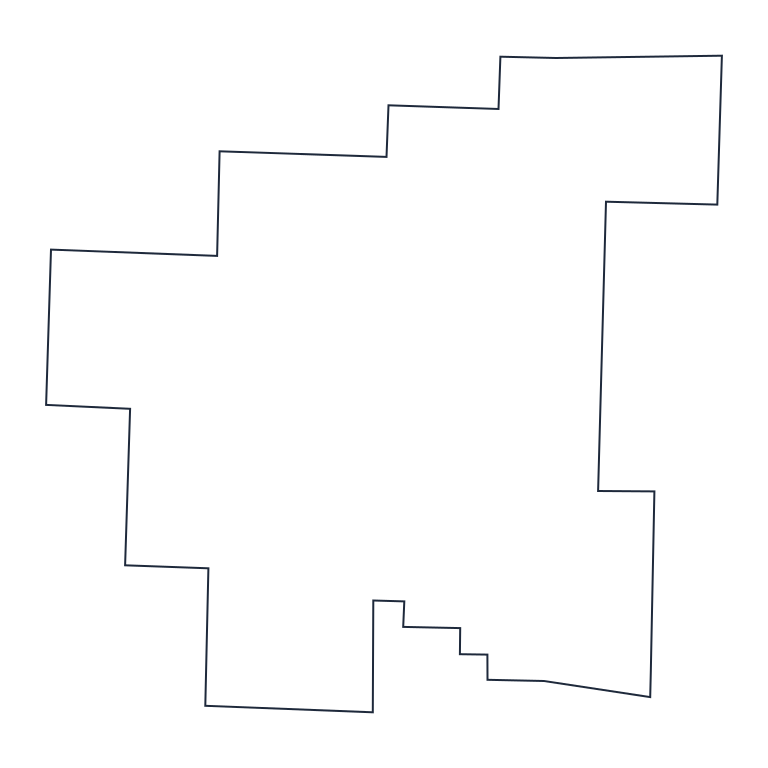 the district of Noble, Ohio, United States of America
{"feature_id": "52423323B8132923889565", "entity_name": "Noble", "entity_type": "district", "adm_level": 2, "iso_a3": "USA", "parent_name": "United States of America", "parent_adm1": "Ohio", "projection": "robinson", "projection_center": [-81.451, 39.767], "detail": "fine", "context": "isolated", "style": "outline", "palette": "slate", "viewbox_px": 768, "rotation_deg": 0, "n_neighbors": 0, "source": "geoboundaries", "source_scale": "gbopen_adm2", "svg_char_len": 481}
<svg xmlns="http://www.w3.org/2000/svg" viewBox="0 0 768 768"><path d="M51.0,249.6L46.1,404.9L130.1,408.8L125.1,565.3L208.4,568.3L205.3,705.8L372.8,712.3L373.3,600.5L404.3,601.4L403.2,626.9L460.2,628.1L459.9,654.2L487.4,654.6L487.5,679.8L543.9,681.0L650.2,697.1L650.8,672.2L654.4,491.4L598.1,491.0L606.0,201.7L717.3,204.6L721.9,55.7L556.0,58.0L500.4,56.7L498.5,109.0L388.5,105.3L386.5,156.9L219.6,151.3L217.1,255.9L51.0,249.6Z" fill="none" stroke="#1e293b" stroke-width="2"/></svg>